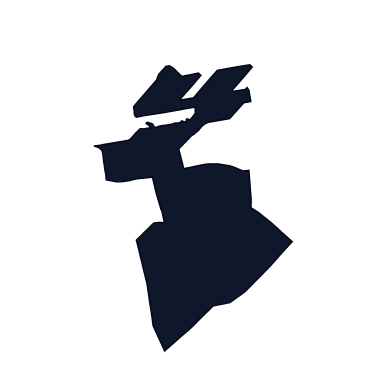 Comuna 2, Ciudad de Buenos Aires, Argentina (Robinson projection), rotated 316°
{"feature_id": "61730980B26508052382857", "entity_name": "Comuna 2", "entity_type": "district", "adm_level": 2, "iso_a3": "ARG", "parent_name": "Argentina", "parent_adm1": "Ciudad de Buenos Aires", "projection": "robinson", "projection_center": [-58.391, -34.584], "detail": "fine", "context": "isolated", "style": "filled", "palette": "ink", "viewbox_px": 384, "rotation_deg": 316, "n_neighbors": 0, "source": "geoboundaries", "source_scale": "gbopen_adm2", "svg_char_len": 5328}
<svg xmlns="http://www.w3.org/2000/svg" viewBox="0 0 384 384"><g transform="rotate(316 192 192)"><path d="M304.2,155.2L303.2,155.2L301.5,155.2L292.9,149.2L291.6,148.1L291.4,146.9L291.6,146.7L310.9,145.1L312.4,144.9L322.1,143.9L322.0,140.7L312.3,133.9L294.7,122.1L282.2,123.1L273.1,123.9L270.8,124.1L259.3,125.3L258.6,125.4L248.3,118.4L248.3,117.0L256.5,116.3L267.1,115.5L279.5,114.2L279.4,113.2L279.3,112.6L279.2,110.9L276.1,108.9L273.8,107.5L271.5,106.1L268.5,104.0L265.8,102.4L265.1,101.6L264.9,100.4L264.9,99.3L264.8,98.5L264.8,97.6L264.8,96.7L264.8,96.4L264.7,94.1L264.7,92.8L264.7,91.8L264.7,90.9L264.5,90.0L264.5,89.4L264.2,88.6L264.0,87.5L263.8,86.5L263.4,85.8L263.1,85.4L262.9,85.1L262.5,84.8L262.4,84.7L261.3,84.2L260.8,83.6L259.8,83.5L258.6,83.7L255.7,83.9L253.6,84.0L251.9,84.1L249.8,84.3L247.9,85.1L246.5,85.7L245.9,86.1L245.5,86.3L244.8,86.8L212.7,89.7L212.1,89.8L211.0,89.9L209.9,90.0L209.3,90.2L208.8,90.5L208.4,91.0L207.6,92.4L207.4,92.7L206.8,93.5L206.4,94.0L205.2,95.2L204.5,96.2L203.9,97.6L203.8,98.7L204.1,99.6L205.4,100.4L206.7,101.3L211.4,104.3L214.0,106.2L227.3,115.6L238.9,123.4L245.4,127.7L246.1,128.2L251.3,131.7L252.2,132.3L252.5,133.1L252.5,133.8L249.2,137.6L246.2,138.1L244.2,138.4L240.7,138.7L240.3,138.3L240.0,137.3L239.8,136.8L239.3,136.2L239.0,135.8L238.9,135.8L238.5,135.8L238.3,136.1L237.9,136.7L237.1,137.0L236.1,136.8L235.4,136.5L234.9,135.7L234.6,135.0L234.5,134.8L234.3,134.1L233.7,133.6L233.2,133.8L232.0,133.9L231.1,133.4L230.3,132.9L229.8,132.5L228.6,131.8L228.4,131.5L228.0,131.1L227.7,130.5L226.9,130.2L226.6,130.2L226.0,130.1L225.1,129.4L224.0,128.8L223.0,128.1L222.1,127.4L220.9,126.7L218.7,125.2L217.7,124.2L216.7,123.6L216.1,123.2L215.0,122.4L214.2,122.0L213.4,121.5L212.4,121.3L211.2,120.4L210.5,120.0L210.1,119.5L209.9,118.7L210.2,118.2L210.3,118.0L210.6,117.3L210.7,116.4L210.8,116.2L210.8,115.7L210.6,114.8L210.5,114.5L210.1,114.2L209.8,113.8L209.3,112.7L209.0,111.7L208.7,111.2L208.2,111.0L207.7,110.9L207.1,110.5L206.7,110.7L206.6,111.3L206.8,112.0L207.2,112.7L207.2,113.6L207.2,114.4L207.2,115.3L206.9,115.7L206.8,116.0L206.2,116.3L205.6,116.2L204.8,115.7L204.1,115.2L203.4,114.4L202.4,114.1L201.7,113.6L200.8,112.9L200.4,112.3L199.9,111.7L199.5,111.1L199.0,110.9L198.3,110.5L198.2,110.4L195.4,110.6L193.1,110.4L192.5,110.5L186.7,111.0L183.8,111.1L181.6,110.3L163.4,97.8L161.5,96.5L160.9,96.1L159.8,95.5L158.2,94.5L157.8,94.2L153.3,90.7L153.4,90.8L155.1,93.8L155.7,95.3L156.0,96.5L156.1,97.9L156.1,99.0L155.6,100.7L154.6,102.1L154.5,102.4L152.2,105.5L151.4,106.5L150.9,107.2L150.2,108.0L143.9,116.8L142.3,119.4L140.1,122.1L139.6,122.8L138.8,123.7L140.1,125.6L141.7,127.8L144.5,131.8L146.9,134.2L147.4,134.7L150.2,137.0L151.1,137.6L154.3,139.9L154.7,140.2L159.5,142.9L162.0,144.5L166.1,147.8L166.5,148.1L172.3,152.7L173.3,153.5L173.8,153.9L172.7,155.8L171.7,157.5L165.7,167.6L164.9,169.0L157.7,182.9L158.2,183.0L154.3,189.3L150.9,195.0L147.5,191.4L147.0,190.9L146.2,190.3L142.8,187.8L142.2,187.8L130.8,187.9L123.1,188.0L118.5,188.0L117.2,190.4L113.2,197.3L110.1,202.5L107.7,206.6L107.2,207.6L106.1,209.3L102.0,216.3L101.1,217.9L99.7,220.3L99.3,220.9L97.3,224.4L96.0,226.7L89.6,235.6L83.0,244.7L82.7,245.2L82.3,245.8L79.9,249.2L76.2,254.4L71.2,261.1L69.8,264.9L67.4,271.8L64.7,279.5L61.9,287.4L63.7,287.4L63.9,287.4L69.8,287.7L77.7,288.0L79.3,288.1L84.4,288.3L84.7,288.3L85.0,288.4L85.4,288.4L94.7,289.0L99.7,289.0L103.8,288.9L104.6,288.9L107.1,288.8L107.6,288.8L115.9,288.7L120.1,288.7L121.8,288.7L126.0,288.6L126.8,288.6L128.1,288.6L132.6,291.5L133.1,291.8L134.2,292.5L136.2,293.9L139.4,295.9L139.8,296.1L142.4,297.8L145.6,298.3L147.0,298.5L147.8,298.6L151.2,299.1L154.4,299.6L161.0,300.5L161.3,300.5L161.7,300.5L170.2,300.3L173.3,300.2L178.1,300.1L184.4,300.0L184.6,300.0L186.2,299.9L193.8,299.7L194.7,299.7L202.6,299.2L203.0,299.1L203.6,299.1L210.7,298.5L213.5,298.3L213.8,298.3L214.5,298.2L215.0,298.2L222.2,297.7L222.4,297.7L223.2,297.6L223.3,297.6L229.6,297.3L229.1,291.1L229.0,290.3L229.0,289.6L228.4,282.6L228.4,281.8L228.4,281.0L228.0,274.1L227.9,272.7L227.8,271.5L227.2,265.9L227.1,265.2L227.0,264.5L225.5,252.7L223.6,244.8L223.3,244.5L223.7,244.1L229.3,238.5L234.9,231.7L240.6,224.8L247.0,217.1L247.9,215.9L247.3,215.6L245.5,214.1L243.2,212.2L241.5,208.2L241.0,207.0L240.4,205.6L240.0,204.7L238.4,201.3L236.9,198.8L235.4,196.8L234.7,195.8L233.6,194.4L232.1,192.4L230.9,190.8L229.0,188.7L226.4,186.2L224.0,183.9L222.5,182.7L221.1,181.5L220.8,181.3L220.5,181.1L219.4,180.4L218.5,179.8L217.7,179.3L217.0,178.8L216.3,178.4L215.2,177.7L214.4,177.2L213.8,176.8L212.9,176.2L211.9,175.6L211.4,175.3L210.5,174.7L209.1,173.8L208.4,173.4L208.0,173.2L207.7,173.0L207.4,172.8L206.9,172.5L206.2,172.0L205.8,171.7L205.5,171.6L205.2,171.4L204.9,171.1L204.1,170.7L203.8,170.5L203.5,170.4L203.1,170.2L202.7,170.1L202.1,169.9L204.5,165.5L204.7,165.3L209.3,157.1L212.2,152.0L212.3,151.7L213.5,151.7L214.5,151.7L220.8,151.5L221.6,151.5L225.5,151.3L229.4,151.2L231.2,151.1L231.4,151.2L231.6,151.3L232.2,151.5L232.9,151.6L233.8,151.8L234.8,151.9L236.1,151.8L236.8,151.9L237.4,152.0L238.7,152.1L239.9,152.1L242.5,151.8L243.5,151.7L244.5,151.6L245.5,151.6L246.5,151.7L247.5,151.8L248.5,152.0L249.5,152.2L250.5,152.5L251.4,152.9L252.6,153.5L270.0,165.3L286.7,164.1L291.2,163.8L297.2,167.7L303.8,158.0L304.1,155.7L304.2,155.2Z" fill="#0f172a" stroke="#020617" stroke-width="1.5"/></g></svg>